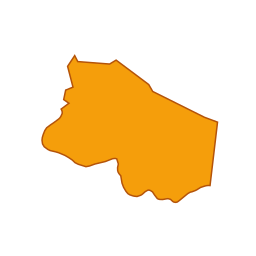 Wood, West Virginia, United States of America, rotated 248°
{"feature_id": "52423323B9322907823760", "entity_name": "Wood", "entity_type": "district", "adm_level": 2, "iso_a3": "USA", "parent_name": "United States of America", "parent_adm1": "West Virginia", "projection": "equal_earth", "projection_center": [-81.577, 39.218], "detail": "fine", "context": "isolated", "style": "filled", "palette": "amber", "viewbox_px": 256, "rotation_deg": 248, "n_neighbors": 0, "source": "geoboundaries", "source_scale": "gbopen_adm2", "svg_char_len": 1248}
<svg xmlns="http://www.w3.org/2000/svg" viewBox="0 0 256 256"><g transform="rotate(248 128 128)"><path d="M41.1,144.7L40.9,146.1L41.6,148.7L44.8,158.9L45.2,161.8L44.9,163.2L44.8,166.7L44.9,168.5L45.7,173.0L45.4,177.5L45.1,179.4L44.5,181.3L43.9,182.5L99.9,213.2L109.3,202.9L152.6,164.6L160.5,163.5L195.4,142.4L194.2,134.9L208.4,106.3L215.1,105.7L207.8,95.1L186.5,92.3L186.5,84.4L178.4,79.0L173.1,82.5L170.6,73.1L169.1,73.2L167.8,73.1L166.2,72.5L163.9,70.1L163.0,68.8L162.3,67.1L160.7,61.0L160.0,57.6L158.7,52.7L156.7,49.8L155.0,48.2L154.0,47.2L151.3,45.0L148.9,43.7L145.3,42.8L142.0,43.3L138.1,45.7L136.3,47.3L133.0,52.0L131.0,54.5L126.2,59.3L122.7,62.0L119.1,64.4L115.7,65.9L113.0,68.3L107.9,74.5L107.2,78.1L107.0,83.8L105.4,94.4L105.3,102.3L104.6,104.7L103.6,106.0L98.5,105.6L97.5,105.1L95.2,103.5L92.5,102.5L90.8,102.3L88.9,102.6L86.4,103.4L79.1,101.8L74.7,101.7L70.0,102.4L67.2,103.3L65.4,104.6L63.5,106.8L62.6,108.0L61.1,110.7L60.9,114.4L61.0,115.6L61.4,117.0L62.5,120.0L62.9,122.7L62.8,123.6L62.5,124.3L61.7,125.3L59.6,126.8L56.0,127.5L53.5,128.2L51.7,128.7L51.3,129.0L50.8,129.4L49.8,130.8L48.7,133.4L47.8,137.7L47.4,138.8L45.9,140.7L43.1,142.0L42.1,142.8L41.1,144.5L41.1,144.7Z" fill="#f59e0b" stroke="#b45309" stroke-width="1.5"/></g></svg>